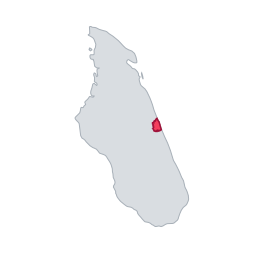 Mahanoro, Atsinanana, Madagascar shown in context, rotated 321°
{"feature_id": "10022922B42807663031303", "entity_name": "Mahanoro", "entity_type": "district", "adm_level": 2, "iso_a3": "MDG", "parent_name": "Madagascar", "parent_adm1": "Atsinanana", "projection": "mercator", "projection_center": [48.476, -20.043], "detail": "fine", "context": "in_parent", "style": "filled", "palette": "rose", "viewbox_px": 256, "rotation_deg": 321, "n_neighbors": 0, "source": "geoboundaries", "source_scale": "gbopen_adm2", "svg_char_len": 5198}
<svg xmlns="http://www.w3.org/2000/svg" viewBox="0 0 256 256"><g transform="rotate(321 128 128)"><path d="M166.4,30.3L167.1,31.9L167.8,33.4L170.2,36.9L171.3,38.3L172.1,39.8L172.6,42.7L174.1,47.3L175.5,54.1L176.0,61.2L176.4,64.4L177.6,67.4L179.4,70.6L180.0,74.1L178.9,77.8L177.2,81.2L176.8,81.8L176.0,82.7L175.7,82.7L174.4,81.8L173.3,80.4L172.0,76.9L171.5,75.2L170.9,74.9L169.4,75.1L168.2,76.2L168.0,76.8L168.2,78.8L168.7,80.5L168.9,82.3L168.9,84.5L169.3,85.1L170.0,85.7L170.6,87.2L170.7,90.6L170.3,92.4L169.2,93.9L169.3,94.7L169.7,95.5L169.3,96.1L167.8,96.7L167.2,97.3L166.4,98.8L165.1,102.0L164.9,103.5L165.8,108.4L165.5,111.9L163.9,118.5L162.9,121.7L161.6,125.4L159.5,130.4L157.5,136.7L155.7,143.1L154.5,147.0L153.0,150.9L151.0,157.7L149.3,164.6L146.8,172.2L143.3,180.8L142.9,181.9L142.2,186.3L141.4,190.1L140.5,193.9L138.6,200.2L138.3,202.1L137.9,204.0L136.0,207.9L135.2,209.4L134.7,211.0L134.4,212.9L133.8,214.9L132.4,218.4L130.4,221.4L129.0,222.5L126.0,224.1L124.4,224.5L121.0,224.5L117.8,225.4L114.3,227.2L111.1,229.2L109.8,230.2L108.4,230.7L104.1,230.8L102.8,230.4L98.4,227.1L96.7,226.5L93.5,226.1L92.6,225.8L91.7,225.4L90.4,223.6L87.8,222.2L87.2,221.7L86.8,220.7L86.6,219.6L85.9,218.4L85.4,216.1L84.6,214.4L82.2,211.6L82.0,210.7L81.8,207.7L81.8,205.6L81.6,201.9L81.9,200.1L82.7,198.6L82.4,196.8L81.5,195.1L81.2,193.2L80.5,191.5L78.0,188.5L77.5,187.0L77.1,185.4L76.1,180.6L76.0,179.0L76.1,175.4L76.5,173.6L77.1,172.4L77.2,171.4L77.6,170.6L78.2,170.0L78.6,169.2L79.5,164.7L80.7,163.7L82.4,163.2L83.8,162.0L84.6,160.4L85.4,157.2L87.6,153.9L88.4,152.2L90.2,149.7L91.7,146.1L92.2,144.4L92.5,142.7L92.9,138.9L93.2,137.0L93.2,135.1L92.3,133.2L90.1,129.7L90.1,129.1L90.2,126.5L90.1,124.6L89.3,122.8L88.3,121.0L87.3,117.8L86.8,112.4L86.9,110.5L86.6,108.7L85.9,107.1L86.4,104.2L92.8,93.9L93.0,92.6L92.7,89.5L92.8,87.7L93.1,87.0L93.6,86.6L94.6,86.4L99.8,85.9L100.4,85.6L101.7,84.7L103.5,83.1L104.3,82.6L105.0,82.8L105.4,83.5L106.0,83.9L108.1,83.1L108.9,83.1L109.7,83.2L110.1,82.5L110.3,81.6L110.6,80.9L111.2,80.5L113.8,80.3L115.5,80.1L117.7,79.4L118.2,79.5L120.0,81.9L120.5,82.1L121.2,82.2L121.8,81.8L120.4,80.5L120.2,79.8L120.3,79.0L121.0,77.3L122.3,76.0L125.2,74.1L128.2,71.8L129.0,71.7L129.8,72.0L130.3,74.7L130.3,75.1L130.7,75.2L131.3,74.9L131.8,73.8L131.8,72.9L131.4,72.0L131.2,71.3L131.2,70.6L132.7,69.0L133.9,67.5L134.5,65.7L134.9,64.9L136.2,64.0L136.6,64.1L136.9,64.9L137.0,65.7L136.7,66.5L136.2,67.3L136.0,68.3L136.8,68.5L137.4,68.3L138.4,66.4L139.5,64.6L140.2,63.6L141.0,63.0L142.4,63.1L143.7,63.5L141.5,61.6L141.0,59.0L143.6,54.5L143.6,53.6L144.0,53.3L144.2,52.9L142.8,51.4L142.6,50.7L142.8,49.5L143.4,48.5L144.0,47.8L144.8,47.5L145.5,47.9L147.0,49.2L147.9,49.4L149.1,48.2L150.1,46.7L151.5,45.7L153.2,45.0L155.7,42.7L157.4,37.8L157.5,36.3L157.1,34.6L156.5,33.0L155.6,30.9L155.8,30.5L157.2,30.7L157.7,30.5L159.2,28.6L161.6,25.2L162.4,25.2L163.1,25.8L163.4,26.8L163.9,27.5L165.6,29.1L166.4,30.3ZM149.2,44.1L149.2,44.6L147.3,44.4L147.0,42.6L147.9,42.5L148.1,41.7L148.7,41.7L149.3,43.3L149.2,44.1ZM172.1,96.9L170.5,99.6L171.0,97.3L172.8,94.0L173.4,93.7L172.1,96.9Z" fill="#d9dde1" stroke="#a8b0b8" stroke-width="1"/><path d="M152.9,150.2L153.0,149.9L153.2,149.4L153.3,149.0L153.6,148.4L153.7,148.0L153.9,147.6L154.2,147.0L154.4,146.4L154.5,146.2L154.8,145.8L154.8,145.6L155.0,145.3L155.1,144.8L155.2,144.7L155.3,144.5L155.5,144.1L155.6,143.8L155.7,143.4L155.9,143.0L155.9,142.9L156.1,142.6L156.1,142.4L156.0,142.2L156.0,141.8L156.1,140.8L156.2,140.4L156.3,140.2L156.3,139.8L156.5,139.2L156.6,138.7L156.3,138.7L156.2,138.7L155.9,138.6L155.7,138.7L155.6,138.8L155.3,138.9L155.2,138.9L155.0,139.0L154.9,139.0L154.8,139.3L154.8,139.2L154.7,139.2L154.6,139.3L154.5,139.2L154.4,139.3L154.2,139.3L154.2,139.2L153.9,139.2L153.7,139.2L153.4,139.2L153.2,139.1L152.9,139.2L152.9,139.3L152.8,139.2L152.7,139.2L152.4,139.1L152.3,139.3L152.2,139.4L152.2,139.5L151.9,139.6L151.7,139.8L151.7,139.7L151.4,139.7L151.2,139.6L150.9,139.5L150.7,139.5L150.5,139.4L150.4,139.5L150.2,139.5L150.1,139.8L150.1,140.0L150.0,140.3L149.9,140.4L149.8,140.5L149.8,140.8L149.8,141.0L149.7,141.3L149.6,141.2L149.6,141.3L149.6,141.5L149.4,141.6L149.3,141.8L149.2,141.8L149.1,142.0L148.9,142.2L148.7,142.1L148.6,142.3L148.7,142.5L148.7,142.8L148.6,143.0L148.6,143.4L148.6,143.5L148.4,143.6L148.1,143.6L147.8,143.6L147.7,143.7L147.6,143.8L147.4,144.0L147.2,144.1L147.1,144.3L147.1,144.5L147.0,144.8L146.9,144.7L146.9,144.8L146.9,145.0L146.8,145.3L146.8,145.5L146.8,145.8L146.7,145.8L146.7,146.0L146.8,146.2L146.8,146.3L146.7,146.4L146.5,146.5L146.6,146.8L146.5,147.0L146.8,147.2L147.0,147.1L147.2,147.3L147.1,147.5L147.2,147.8L147.3,147.9L147.3,148.0L147.5,148.1L147.8,148.3L147.8,148.5L148.0,148.6L148.3,148.6L148.5,148.6L148.8,148.5L148.9,148.4L149.0,148.4L149.0,148.5L149.1,148.4L149.1,148.2L149.3,148.3L149.4,148.5L149.6,148.6L149.8,148.5L149.9,148.8L149.8,149.0L149.7,149.2L149.6,149.3L149.7,149.5L149.8,149.6L149.7,149.6L149.8,149.7L150.0,149.6L150.0,149.4L150.3,149.4L150.3,149.6L150.5,149.7L150.6,149.8L150.7,150.0L150.8,150.1L151.1,150.1L151.3,150.1L151.5,150.2L151.7,149.9L151.8,149.9L152.0,150.0L152.2,150.3L152.3,150.4L152.6,150.4L152.8,150.3L152.9,150.2Z" fill="#f43f5e" stroke="#9f1239" stroke-width="1.5"/></g></svg>